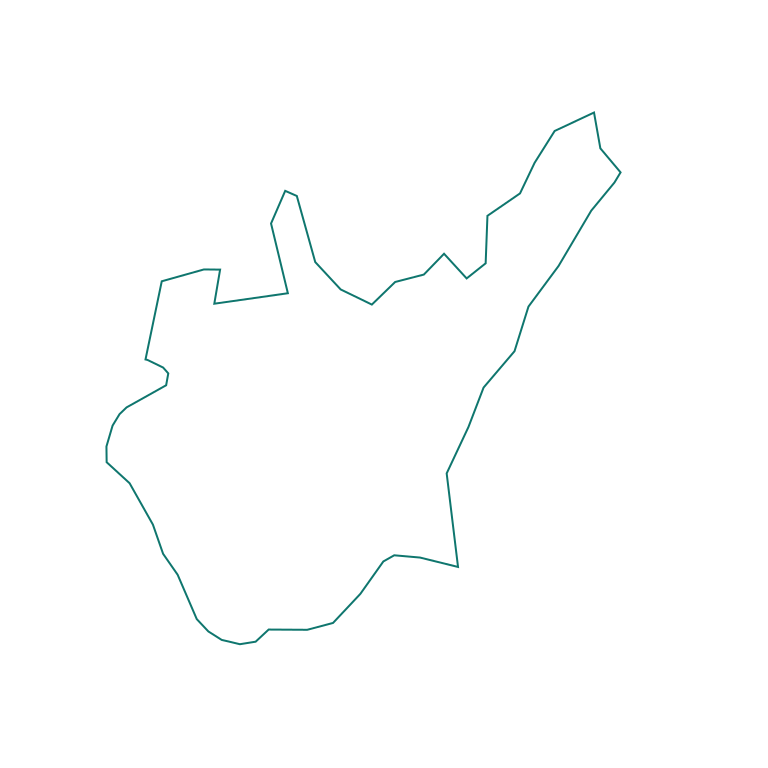 Uchkurgan, Namangan, Uzbekistan (Robinson projection), rotated 163°
{"feature_id": "79887680B35727766671193", "entity_name": "Uchkurgan", "entity_type": "district", "adm_level": 2, "iso_a3": "UZB", "parent_name": "Uzbekistan", "parent_adm1": "Namangan", "projection": "robinson", "projection_center": [72.083, 41.056], "detail": "fine", "context": "isolated", "style": "outline", "palette": "teal", "viewbox_px": 768, "rotation_deg": 163, "n_neighbors": 0, "source": "geoboundaries", "source_scale": "gbopen_adm2", "svg_char_len": 885}
<svg xmlns="http://www.w3.org/2000/svg" viewBox="0 0 768 768"><g transform="rotate(163 384 384)"><path d="M522.7,546.2L566.5,547.2L604.9,477.2L603.2,476.2L590.4,464.3L587.2,457.2L592.7,446.5L637.0,436.9L645.7,432.5L655.7,423.6L667.7,405.4L672.1,390.3L656.3,363.5L646.1,317.1L644.9,286.2L637.1,261.9L631.8,213.9L624.3,198.7L614.0,186.7L608.1,183.3L597.9,177.3L582.1,175.1L566.1,182.9L529.3,171.4L502.6,170.4L468.0,190.2L436.5,214.5L424.3,217.2L400.3,207.5L366.7,187.4L350.2,280.2L315.8,318.2L289.8,351.5L249.6,377.2L223.2,415.8L182.6,445.8L135.1,489.2L104.7,509.3L95.9,517.2L108.2,546.1L103.8,582.2L146.8,576.1L175.3,551.5L198.2,526.5L235.9,514.6L251.5,469.7L274.1,460.8L288.5,491.0L313.9,477.0L343.5,478.3L372.4,463.5L397.8,487.1L414.1,520.7L412.4,589.3L422.0,597.6L445.1,570.5L449.4,498.9L522.8,510.4L507.3,541.3L522.7,546.2Z" fill="none" stroke="#0f766e" stroke-width="2"/></g></svg>